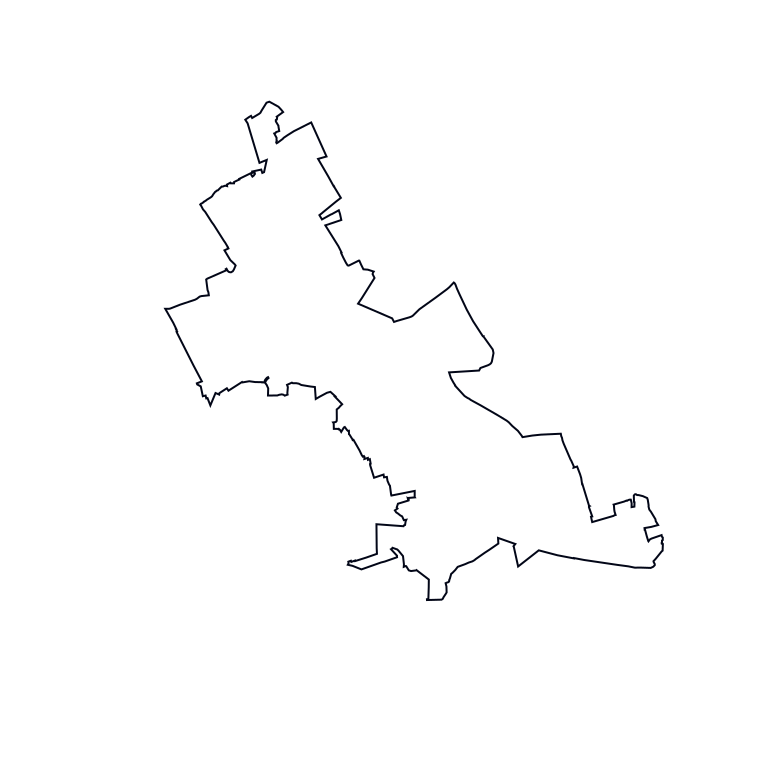 outline of San Pedro Tlaquepaque, Jalisco, Mexico, rotated 237°
{"feature_id": "50627088B40008618856447", "entity_name": "San Pedro Tlaquepaque", "entity_type": "district", "adm_level": 2, "iso_a3": "MEX", "parent_name": "Mexico", "parent_adm1": "Jalisco", "projection": "orthographic", "projection_center": [-103.358, 20.593], "detail": "fine", "context": "isolated", "style": "outline", "palette": "ink", "viewbox_px": 768, "rotation_deg": 237, "n_neighbors": 0, "source": "geoboundaries", "source_scale": "gbopen_adm2", "svg_char_len": 6125}
<svg xmlns="http://www.w3.org/2000/svg" viewBox="0 0 768 768"><g transform="rotate(237 384 384)"><path d="M252.1,255.2L248.6,258.6L240.8,264.1L235.9,284.4L234.7,287.9L231.6,300.6L232.4,301.0L232.9,301.4L241.6,299.9L241.5,300.9L242.0,301.9L238.0,305.0L236.3,305.4L229.3,306.2L221.9,302.5L219.9,301.0L219.5,303.1L219.1,303.4L214.2,303.3L212.4,304.8L210.1,309.6L210.2,309.9L195.6,315.1L189.0,310.7L179.8,304.3L179.5,304.0L180.1,302.8L179.4,302.4L171.8,314.8L171.8,316.2L172.8,317.9L174.4,321.6L175.1,323.0L180.2,326.1L183.4,327.2L183.2,328.5L182.8,329.9L182.9,331.0L183.6,331.5L183.8,331.9L184.3,332.2L184.8,333.1L188.2,337.0L188.3,338.4L189.2,342.5L190.5,346.2L188.7,354.0L188.1,357.8L187.1,361.6L187.0,364.1L187.2,365.3L187.6,376.7L187.6,382.0L187.9,393.0L192.8,395.8L178.3,407.0L177.4,404.2L176.8,404.2L157.9,397.1L160.2,423.2L145.9,436.2L134.2,448.4L134.5,448.6L127.5,455.9L105.1,481.3L98.0,489.6L93.4,494.3L90.0,499.6L84.5,507.5L84.1,510.3L84.6,512.4L85.5,513.0L87.8,513.2L88.6,513.5L89.4,516.6L92.4,525.8L92.5,526.9L98.0,530.8L98.6,530.7L98.9,530.0L99.2,530.1L99.6,530.4L100.1,531.1L101.3,531.9L101.3,532.8L103.4,534.2L103.8,534.0L104.8,534.0L106.1,534.5L108.7,524.0L108.8,522.2L108.0,520.1L108.4,520.1L113.0,521.4L119.8,523.6L119.9,523.3L121.3,524.0L118.6,530.3L116.4,537.1L120.9,537.2L122.8,538.0L131.5,538.3L134.2,538.1L137.1,539.1L138.2,539.9L143.1,542.1L145.0,542.6L149.0,540.0L152.2,537.0L153.0,535.8L154.4,535.2L154.8,534.4L154.7,533.7L154.3,532.7L149.2,529.6L148.8,529.4L148.4,529.7L144.8,527.2L145.9,524.6L149.2,526.8L152.6,528.0L153.1,527.3L153.6,525.9L153.7,524.2L153.9,523.9L154.2,523.8L154.6,521.4L157.7,511.2L157.8,510.9L157.1,510.8L153.1,508.6L151.3,507.8L148.0,506.9L148.4,505.9L148.4,504.6L154.8,483.4L159.9,485.3L159.5,486.5L169.1,488.8L169.8,489.3L169.7,490.0L170.4,489.7L192.0,495.9L192.1,495.6L197.8,498.2L201.6,499.3L209.6,501.0L210.6,497.4L211.5,498.3L217.9,499.3L219.0,499.3L236.1,502.2L239.6,503.0L242.0,504.0L243.6,504.2L246.0,505.2L256.0,488.1L260.0,480.3L264.0,471.2L265.6,471.3L271.8,470.8L279.0,468.7L283.9,467.8L286.5,466.9L296.2,462.2L313.5,453.4L323.1,448.2L325.7,447.2L326.5,446.6L330.1,445.0L343.9,442.7L344.1,443.0L347.1,443.0L352.7,443.4L358.3,444.9L343.5,471.1L344.9,473.6L343.1,481.4L342.9,483.3L343.1,485.0L344.0,486.6L350.3,492.7L353.7,494.0L369.6,493.3L369.8,493.5L370.2,492.9L388.1,492.9L401.3,493.9L418.3,496.2L424.1,497.1L428.6,498.1L430.3,498.1L431.1,497.8L429.6,491.5L429.2,488.5L428.3,474.1L427.4,454.4L425.6,445.5L425.6,443.9L426.1,441.6L429.9,429.0L430.6,426.2L434.6,426.6L465.5,406.0L468.1,412.2L478.1,433.8L482.4,434.3L483.3,435.3L483.9,436.6L488.7,432.7L491.4,429.2L496.6,429.8L500.9,430.5L501.2,430.2L502.5,418.9L503.3,418.1L506.2,418.1L512.3,418.7L517.3,419.4L517.3,420.0L524.4,420.8L549.0,421.2L544.8,437.5L550.5,439.7L554.3,440.7L554.9,432.5L555.1,431.9L555.8,421.6L560.8,421.8L561.1,425.5L561.2,425.8L563.1,443.0L563.6,449.2L576.6,449.6L576.8,449.8L577.4,449.8L577.4,449.5L588.3,450.3L608.7,451.3L606.1,459.7L643.0,465.4L645.1,446.2L645.2,438.6L645.1,433.9L644.7,432.5L644.3,426.3L644.4,425.1L645.4,425.2L646.6,426.7L647.1,426.7L649.0,428.0L653.9,428.4L653.6,429.8L653.9,430.3L654.0,430.9L653.2,433.9L657.4,435.7L658.0,436.1L663.1,436.3L664.3,437.0L664.4,437.3L664.2,438.2L665.8,439.6L666.6,439.6L667.0,447.5L670.0,447.2L674.0,446.5L683.2,441.6L683.9,438.7L679.9,430.1L678.8,428.1L678.6,426.5L678.9,418.3L681.3,418.5L681.4,416.1L681.2,411.6L676.9,411.6L637.3,400.0L635.8,407.7L627.0,398.8L627.3,396.9L630.7,397.8L634.0,389.2L632.7,388.8L632.0,390.7L630.5,390.2L629.7,388.1L629.6,386.6L631.6,386.6L633.3,387.4L634.9,374.2L634.3,374.1L635.1,368.4L634.0,367.5L635.7,364.8L636.5,364.8L636.8,360.9L635.4,360.2L636.5,359.2L637.0,358.3L637.4,356.2L638.0,355.4L636.9,350.1L637.3,348.9L637.0,348.0L637.1,347.1L636.1,344.2L635.1,342.1L634.9,340.7L635.0,335.4L634.8,334.3L635.0,332.0L634.7,331.7L634.7,329.4L634.9,328.5L634.6,327.6L633.0,327.7L629.0,327.3L625.7,327.8L613.6,327.7L610.2,327.9L591.3,327.7L589.2,327.8L583.9,327.6L583.9,327.4L582.4,327.3L583.0,323.0L571.6,322.6L565.7,324.0L564.2,324.1L561.8,320.5L560.9,318.6L561.0,316.6L561.6,315.7L562.7,314.8L564.4,314.5L566.2,314.7L566.5,314.7L566.5,313.9L565.2,314.0L568.6,293.2L568.5,291.8L558.9,287.2L556.6,286.7L553.8,285.4L557.2,278.7L557.7,277.0L557.4,273.5L557.6,271.4L561.6,256.1L563.7,245.8L564.1,244.8L566.2,241.5L550.3,240.6L543.1,239.7L543.2,239.4L540.7,239.1L540.8,238.5L539.9,238.3L503.1,234.3L485.4,232.7L486.5,227.4L485.4,227.1L481.8,229.0L472.4,225.4L471.5,228.1L468.7,227.1L468.3,228.3L460.6,226.7L468.2,237.8L464.9,240.0L466.0,241.0L466.0,249.9L463.1,249.9L463.0,266.1L462.4,266.2L459.7,272.5L455.8,277.0L451.9,282.8L451.7,282.7L450.6,284.3L452.1,286.4L452.5,287.4L453.0,289.2L452.9,290.5L451.9,290.4L451.6,288.4L450.8,286.4L449.8,284.9L447.1,285.1L443.4,284.5L437.5,280.4L432.5,288.3L432.0,290.3L431.0,292.6L429.7,293.9L428.3,294.4L427.6,297.4L428.9,297.9L433.8,301.7L436.1,302.2L435.3,307.5L434.3,308.0L432.5,310.8L430.7,312.7L428.2,314.1L422.0,320.9L419.1,324.4L408.6,318.6L408.4,323.1L407.7,331.4L406.6,334.8L400.2,336.5L400.3,335.9L389.8,337.9L389.2,334.8L388.7,333.4L388.4,330.5L380.7,325.6L378.8,324.2L378.4,322.9L378.8,321.9L379.5,320.4L378.4,320.4L373.7,317.5L371.5,320.8L370.6,321.3L370.8,321.7L369.4,322.1L367.1,322.0L369.4,326.7L369.3,327.7L365.5,327.9L364.3,328.2L363.9,329.1L361.0,327.3L360.3,327.5L354.9,327.4L354.0,327.2L353.8,328.0L341.6,327.3L336.4,326.6L334.6,326.7L334.5,327.9L333.8,327.9L333.8,327.5L332.7,327.5L331.8,326.7L330.8,330.2L329.1,329.3L328.7,331.2L324.4,329.4L324.5,328.7L323.2,328.1L310.8,324.6L308.3,334.3L305.7,333.2L304.5,335.8L300.9,334.2L296.8,333.5L295.5,333.6L287.3,329.7L287.2,329.8L286.4,329.5L277.6,351.5L272.4,348.1L272.1,348.1L275.1,342.5L274.3,342.1L275.2,341.7L273.0,340.9L276.0,330.5L273.5,327.4L272.2,327.5L272.1,324.3L269.7,324.3L267.7,325.2L264.9,326.1L263.1,327.1L259.0,326.5L258.0,328.8L257.0,327.3L254.3,324.9L254.6,323.8L254.1,322.9L270.5,301.3L250.2,288.4L245.4,285.6L248.1,274.6L251.2,263.4L251.7,263.6L252.6,259.7L253.8,260.0L254.1,258.8L254.4,257.3L253.6,257.0L252.9,256.6L252.1,255.2Z" fill="none" stroke="#020617" stroke-width="2"/></g></svg>